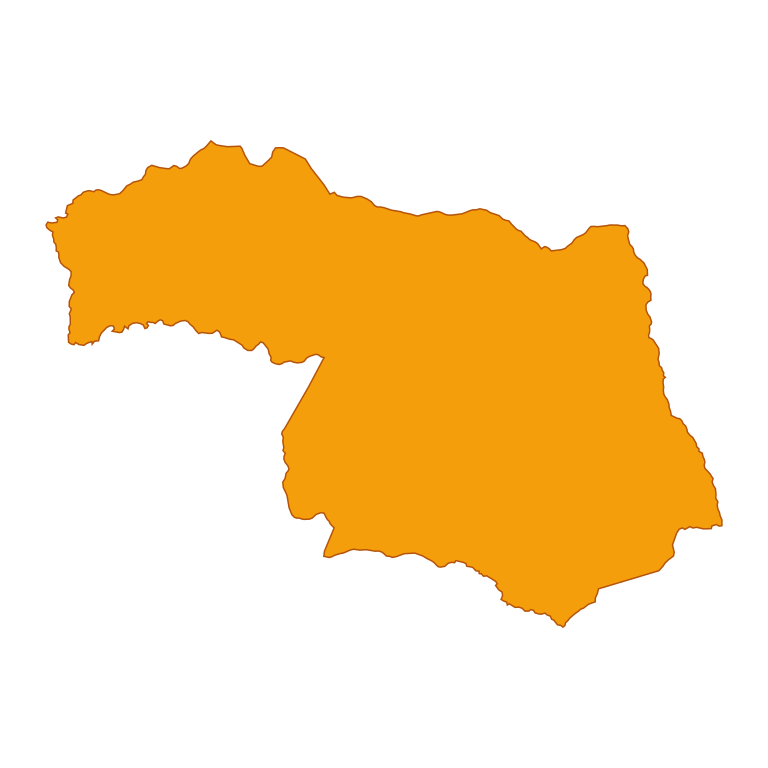 Bandeirantes, Mato Grosso do Sul, Brazil (Albers equal-area conic projection)
{"feature_id": "56859067B62284650364445", "entity_name": "Bandeirantes", "entity_type": "district", "adm_level": 2, "iso_a3": "BRA", "parent_name": "Brazil", "parent_adm1": "Mato Grosso do Sul", "projection": "albers", "projection_center": [-54.325, -19.824], "detail": "fine", "context": "isolated", "style": "filled", "palette": "amber", "viewbox_px": 768, "rotation_deg": 0, "n_neighbors": 0, "source": "geoboundaries", "source_scale": "gbopen_adm2", "svg_char_len": 6064}
<svg xmlns="http://www.w3.org/2000/svg" viewBox="0 0 768 768"><path d="M305.3,159.0L283.5,147.9L278.9,147.7L275.5,147.9L272.7,152.1L271.7,157.0L268.6,160.3L261.9,166.3L258.3,166.3L249.7,163.6L244.9,155.4L241.9,148.4L240.1,146.2L227.6,146.7L220.5,145.7L216.1,144.8L210.9,140.9L206.4,146.2L203.7,148.6L201.2,149.7L198.8,151.4L193.6,155.7L191.2,158.2L189.9,160.3L188.8,163.4L186.1,166.0L181.9,168.2L179.5,168.5L176.8,166.4L173.8,165.5L169.4,168.7L166.4,168.6L159.5,167.6L151.7,165.3L147.7,167.6L146.0,170.4L145.4,174.3L143.5,176.7L141.8,179.7L138.2,181.0L133.2,182.2L130.6,184.0L126.7,185.9L122.9,190.7L119.6,193.7L113.7,194.9L111.3,194.7L109.0,194.2L101.3,190.5L98.7,189.8L96.1,190.0L93.8,191.7L88.9,190.6L85.4,191.5L83.1,192.4L81.2,194.7L78.2,196.0L73.1,200.0L72.8,203.4L67.4,205.6L65.6,213.1L67.8,214.2L66.5,217.1L63.3,218.0L58.3,216.9L55.6,217.9L57.8,219.9L56.9,222.3L51.7,223.0L47.8,222.2L46.1,224.9L46.7,227.5L49.7,230.2L52.9,231.9L52.4,235.1L53.7,239.0L53.9,242.1L55.8,244.3L56.3,247.8L56.2,250.9L58.5,252.0L58.9,255.1L58.8,257.5L60.6,262.7L64.1,266.4L68.6,269.1L71.1,271.5L71.1,275.7L69.6,279.6L68.7,285.5L70.6,288.1L73.1,289.9L74.3,292.5L72.0,294.7L69.3,301.5L69.2,306.4L71.4,309.0L69.3,313.7L70.2,316.8L70.3,324.4L69.0,326.5L68.9,329.0L70.0,332.8L68.2,334.9L68.6,342.3L71.3,344.1L74.0,344.7L75.5,342.5L79.1,344.6L84.0,345.3L86.4,343.6L89.1,342.4L91.9,341.6L92.2,344.2L94.5,341.2L98.6,340.8L99.5,336.7L101.4,333.0L106.7,327.5L110.1,325.7L113.4,326.0L114.4,329.0L112.2,331.2L119.5,332.6L121.8,332.2L123.5,329.6L124.6,326.2L128.0,328.9L128.8,325.9L132.4,323.4L136.5,322.7L140.2,323.5L143.3,325.0L144.9,328.5L147.1,327.8L148.4,325.4L146.6,323.4L148.0,321.7L150.6,322.4L153.1,322.4L155.2,323.5L157.7,321.2L160.2,319.8L162.7,320.7L163.8,324.0L170.6,325.8L173.2,325.4L175.3,323.5L180.9,321.0L185.3,320.5L188.0,321.7L189.9,324.1L193.4,327.1L195.9,330.6L198.7,333.5L201.6,332.5L208.8,333.4L212.3,333.3L217.0,330.2L219.5,332.0L220.6,334.2L221.5,336.9L224.5,337.5L229.5,339.2L233.6,339.8L241.9,345.0L243.9,347.9L247.6,350.4L251.6,350.5L253.7,349.0L255.9,346.2L258.7,344.1L260.6,341.9L263.2,342.8L268.2,349.1L269.1,353.7L271.1,357.3L270.7,360.3L272.1,362.2L275.1,363.6L279.0,364.5L281.8,363.7L284.2,362.1L290.4,360.9L293.6,362.2L297.3,362.9L301.9,362.4L304.3,361.1L306.7,358.0L309.4,356.4L315.7,354.3L318.4,354.8L321.3,357.0L324.1,357.5L308.7,386.6L287.3,423.9L284.0,429.5L282.5,431.2L281.7,434.0L283.3,437.1L282.8,441.3L283.8,447.6L283.0,450.6L285.3,453.3L284.0,456.4L283.9,459.2L285.3,462.6L287.8,465.7L289.0,468.9L287.9,471.2L286.1,473.3L285.1,478.5L282.8,482.1L283.3,487.5L286.4,493.8L287.1,496.0L289.1,507.8L291.8,514.6L294.4,517.3L296.6,518.1L299.0,518.0L301.7,519.0L304.0,519.4L309.6,519.1L312.3,518.0L316.0,514.5L321.0,512.6L324.2,513.3L325.6,516.5L327.3,519.5L329.1,521.2L330.1,523.7L334.1,527.9L324.5,551.1L323.8,556.3L329.2,557.5L331.9,556.7L334.9,555.2L340.0,553.6L343.5,553.0L350.1,550.1L353.5,549.2L359.8,550.1L366.2,549.7L375.3,551.2L378.6,551.0L381.5,551.9L384.0,553.7L386.3,556.0L389.8,556.4L392.4,557.4L396.1,556.7L404.2,553.7L414.8,553.1L422.4,555.8L427.7,558.9L431.2,560.6L433.8,562.3L438.0,566.6L440.3,567.1L444.7,566.4L448.1,563.3L451.6,562.3L454.6,562.7L455.8,560.6L463.1,562.3L466.0,563.6L466.7,566.2L472.7,567.3L475.8,570.8L479.1,571.2L479.2,573.6L481.4,573.8L483.4,576.2L486.9,575.9L495.6,581.3L497.2,583.7L495.6,585.5L498.9,590.0L502.0,592.0L502.6,595.6L501.1,599.4L503.6,601.0L506.7,602.1L507.3,605.0L509.3,603.8L515.0,607.4L518.8,607.1L522.2,608.3L524.9,611.1L528.8,611.1L530.8,609.6L533.5,610.4L535.1,612.9L539.0,614.0L541.5,614.2L544.8,613.1L547.4,615.1L550.3,616.1L551.6,619.2L553.8,620.1L557.5,624.8L560.8,625.4L562.9,627.1L564.8,625.7L565.6,622.7L567.6,620.9L569.8,618.1L574.6,613.9L578.7,611.0L580.7,609.2L583.6,608.1L588.4,604.3L595.2,601.8L595.4,597.8L597.5,593.1L598.5,588.8L658.9,570.7L663.2,565.9L664.9,563.2L668.3,559.9L673.5,556.0L674.2,552.4L672.5,544.9L676.6,533.2L679.2,529.2L682.4,527.9L684.9,529.4L689.9,526.6L692.9,528.0L696.5,527.3L703.6,528.9L711.3,528.6L711.9,525.9L716.4,524.6L719.1,526.1L721.9,525.7L721.9,519.9L720.1,515.6L719.4,512.4L717.8,508.8L717.2,505.2L717.8,501.7L715.7,498.1L716.0,494.3L715.4,488.6L713.4,485.5L712.1,481.8L713.1,478.5L711.6,476.5L710.2,474.0L704.9,468.3L704.2,465.4L704.9,462.1L704.1,458.9L703.0,456.7L702.3,453.2L699.0,451.4L698.9,448.8L696.7,446.7L696.1,443.3L692.7,437.4L689.9,435.2L687.5,432.2L686.9,429.2L685.7,426.1L683.1,423.6L681.7,420.5L679.6,418.6L677.2,418.3L671.3,415.5L670.6,411.5L669.2,407.5L668.9,404.0L667.2,399.4L665.1,396.8L663.8,394.1L663.3,390.1L663.7,387.2L663.0,382.6L663.3,379.1L665.3,377.3L663.4,375.8L663.8,372.9L662.1,370.0L661.6,367.7L659.3,365.6L659.1,362.7L658.0,359.0L659.2,353.6L658.6,348.3L653.2,340.0L651.2,338.5L648.9,337.7L648.6,335.0L649.5,332.7L649.7,329.0L649.3,325.9L651.1,324.2L651.6,321.9L649.9,316.9L647.8,314.2L646.2,310.2L645.9,304.8L647.8,302.1L650.9,300.3L650.7,297.3L651.0,294.2L650.4,291.7L649.1,289.8L647.0,287.5L644.9,286.3L642.8,283.5L643.4,279.2L645.1,276.0L647.5,275.3L647.3,269.6L644.0,263.1L640.1,259.4L637.3,257.7L635.0,254.9L633.7,251.8L633.4,249.0L632.0,246.6L629.8,244.5L628.2,238.7L627.6,235.5L628.8,231.9L627.8,228.7L624.9,225.6L621.5,225.8L617.6,225.1L609.9,225.0L606.5,225.7L597.7,226.7L594.2,226.4L590.9,226.5L589.0,228.4L585.9,232.6L583.2,234.6L576.5,237.5L574.2,239.8L571.9,243.1L567.5,246.3L565.3,248.4L561.3,249.7L551.2,250.9L549.4,248.9L546.9,247.2L544.6,246.6L541.3,248.8L537.5,243.5L534.9,241.8L531.3,240.4L529.2,239.2L527.5,237.4L525.4,236.1L521.0,231.2L518.1,230.3L516.2,229.0L511.6,224.3L508.9,220.9L505.3,220.2L502.7,219.1L499.1,215.6L490.1,212.6L486.8,210.3L479.9,208.8L475.8,209.9L473.1,209.8L470.1,210.6L462.2,213.8L451.8,215.1L448.6,215.1L445.8,214.6L439.9,212.0L437.0,211.4L421.2,214.9L418.8,215.9L416.5,215.9L410.7,214.1L403.4,212.7L400.9,211.7L391.7,210.2L383.7,207.6L380.5,207.0L377.2,207.0L374.5,205.5L371.2,201.6L367.3,199.1L361.3,196.5L357.3,196.4L351.5,197.9L343.5,197.2L337.1,195.5L334.3,192.3L329.9,194.2L324.1,185.0L311.3,168.6L305.3,159.0Z" fill="#f59e0b" stroke="#b45309" stroke-width="1.5"/></svg>